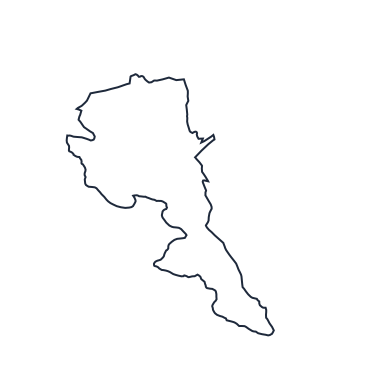 outline of Khanaqin, Diyala, Iraq, rotated 121°
{"feature_id": "34846034B8709315351100", "entity_name": "Khanaqin", "entity_type": "district", "adm_level": 2, "iso_a3": "IRQ", "parent_name": "Iraq", "parent_adm1": "Diyala", "projection": "natural_earth1", "projection_center": [45.457, 34.523], "detail": "fine", "context": "isolated", "style": "outline", "palette": "slate", "viewbox_px": 384, "rotation_deg": 121, "n_neighbors": 0, "source": "geoboundaries", "source_scale": "gbopen_adm2", "svg_char_len": 5423}
<svg xmlns="http://www.w3.org/2000/svg" viewBox="0 0 384 384"><g transform="rotate(121 192 192)"><path d="M124.7,304.1L131.1,301.4L133.2,303.5L136.3,306.1L137.3,306.9L140.4,309.5L145.4,314.5L149.7,318.5L154.6,324.1L159.7,329.8L164.2,329.4L167.8,329.1L170.7,329.7L174.2,330.7L175.1,331.0L178.7,333.1L180.2,333.6L179.6,331.5L179.3,328.7L180.9,328.3L183.4,327.6L185.3,327.4L188.0,326.6L188.5,326.4L189.3,323.9L191.2,319.8L192.0,318.0L192.5,310.9L192.5,307.2L193.5,305.7L194.4,304.1L194.6,303.9L196.5,303.3L197.8,303.3L199.2,304.4L200.0,305.4L200.2,307.1L200.7,309.7L201.3,312.2L201.9,314.6L203.0,316.8L204.1,319.0L204.8,320.4L205.6,322.1L206.2,324.9L206.8,326.3L207.4,327.0L207.8,328.0L210.0,327.1L212.3,326.0L214.0,324.7L214.2,324.4L215.6,321.6L215.8,321.3L215.9,321.1L216.2,320.9L217.2,320.2L218.5,319.6L219.8,318.9L220.0,318.6L220.3,318.2L220.0,316.4L220.0,314.8L220.5,313.3L220.5,313.2L220.8,312.9L221.1,312.7L221.1,312.2L221.2,310.8L221.1,309.2L220.8,308.1L220.0,306.5L220.8,305.3L221.1,304.4L221.5,303.5L221.6,303.3L221.8,303.2L222.6,302.4L224.2,301.6L224.4,301.3L224.6,301.0L224.5,299.8L225.5,297.7L226.3,296.2L226.6,295.9L227.7,294.7L229.1,294.1L230.3,293.9L231.3,293.6L232.1,293.2L232.9,292.6L233.0,292.5L233.1,292.3L233.8,291.2L234.0,290.9L235.4,290.6L236.4,290.4L237.9,289.3L239.6,288.0L239.7,287.9L239.9,287.7L240.6,286.5L240.7,284.9L240.7,283.3L239.3,280.5L238.1,277.8L238.0,277.0L238.0,275.7L238.9,273.1L239.6,270.6L240.4,268.6L241.4,264.6L242.6,261.4L243.2,259.1L243.5,256.1L243.3,253.2L242.9,249.2L241.7,245.1L240.0,241.0L237.7,237.8L236.1,236.1L234.5,235.3L233.1,235.3L231.5,235.3L229.2,235.5L228.1,236.2L227.9,236.5L226.5,238.4L225.7,240.1L225.5,240.5L225.4,240.4L224.8,239.8L223.2,237.6L222.9,236.4L222.9,235.2L222.1,233.6L220.8,230.7L220.0,229.5L219.9,227.9L219.5,226.1L219.2,224.2L218.8,222.2L218.0,220.1L217.9,217.8L216.9,216.2L215.6,213.9L215.2,212.3L215.2,209.9L215.3,208.2L215.5,207.9L217.3,206.7L217.5,206.4L218.1,205.7L218.3,205.4L219.0,205.4L219.8,205.3L220.5,206.0L221.6,206.7L222.5,207.0L223.8,207.2L225.1,206.7L226.9,206.1L227.8,205.6L228.0,205.3L228.9,204.3L229.1,204.0L230.4,200.8L231.5,198.3L232.4,194.1L232.2,191.4L231.7,189.7L230.4,187.0L229.5,184.9L229.4,183.8L229.4,182.1L230.2,179.4L231.2,175.7L231.7,174.7L231.8,174.5L233.1,174.5L235.0,174.5L236.3,176.0L237.7,177.8L239.8,180.6L242.1,182.4L245.1,183.7L248.3,184.7L249.5,184.7L250.6,184.4L251.7,183.8L252.6,183.3L253.5,183.3L254.6,183.5L255.3,184.0L256.1,184.0L258.6,183.8L260.1,183.5L261.2,183.1L262.7,183.1L264.4,183.5L266.2,184.0L267.8,185.4L268.7,186.3L270.4,187.4L271.5,187.7L273.0,187.7L273.8,187.2L274.3,186.7L274.6,186.5L274.6,186.4L274.6,185.6L274.1,184.2L274.0,183.1L274.0,182.1L274.4,180.8L274.4,179.4L274.4,177.8L273.7,176.4L272.8,173.9L272.3,172.0L272.0,169.8L272.0,168.4L272.0,167.2L272.0,165.8L271.5,163.5L270.7,160.6L269.7,157.6L268.5,155.9L267.5,155.7L267.1,154.3L266.9,153.0L266.9,151.4L266.4,150.6L264.2,148.4L262.8,146.3L261.2,145.4L260.0,144.7L260.0,142.9L260.3,141.2L261.9,139.2L262.2,137.1L262.5,135.0L264.1,133.4L264.9,132.3L266.1,131.3L266.6,130.2L266.6,129.5L265.6,126.8L264.6,124.7L264.5,122.9L264.5,121.2L265.2,120.1L267.0,118.5L269.3,117.1L271.3,115.7L272.2,115.7L273.2,115.7L274.1,116.0L275.2,116.2L276.2,116.2L278.1,116.2L279.4,115.9L280.9,114.3L282.1,113.4L283.0,112.0L283.7,110.7L284.1,109.7L284.4,107.2L283.9,104.2L283.2,101.7L283.1,99.4L282.9,97.8L284.1,96.2L282.9,92.3L282.3,90.2L281.9,88.4L281.9,85.8L282.6,82.6L281.1,80.1L279.9,77.8L279.8,76.2L280.1,72.9L280.1,70.0L280.1,68.6L279.6,67.0L278.8,65.4L279.0,62.6L277.8,58.7L276.4,55.2L275.7,52.9L274.5,51.6L272.5,50.5L272.4,50.4L270.4,50.4L268.5,50.6L266.4,53.9L264.7,57.8L262.2,61.9L261.6,63.7L259.2,65.3L256.8,66.5L254.9,67.6L253.3,69.3L254.5,71.4L254.6,72.7L254.1,75.5L252.9,76.9L251.2,78.0L250.9,80.1L250.2,81.4L251.6,85.8L251.6,87.7L250.8,91.1L249.5,94.5L248.1,97.6L247.5,99.6L245.1,101.5L242.0,103.8L238.9,106.1L237.6,107.4L236.2,109.5L234.5,112.2L232.3,115.0L230.6,117.3L229.4,120.3L228.0,124.0L227.9,124.3L226.9,126.8L226.2,128.5L226.0,128.8L225.6,129.8L224.1,133.0L222.6,135.2L222.3,135.4L219.8,138.6L219.5,138.9L218.3,145.4L217.4,150.2L216.3,154.5L215.7,158.0L214.7,161.0L213.7,162.7L213.5,162.9L209.7,162.8L207.9,163.1L204.9,164.7L201.2,166.1L199.8,166.3L197.2,166.5L196.3,166.5L194.7,167.5L193.1,169.4L192.9,169.7L191.2,172.9L188.0,178.7L187.8,178.9L187.7,178.9L185.3,180.3L183.6,180.6L183.3,180.9L181.0,184.0L178.6,187.1L178.4,187.4L177.7,188.1L176.5,188.4L175.8,187.6L174.5,183.7L174.3,184.0L172.1,188.1L170.4,191.7L169.6,193.6L169.5,193.8L169.3,193.9L166.8,195.7L164.4,196.9L164.2,197.2L162.7,200.9L161.4,205.3L160.8,206.8L160.7,207.2L151.5,205.1L142.6,202.6L137.0,200.6L135.4,199.8L133.5,201.4L132.1,203.1L134.5,204.0L142.1,207.7L144.8,209.5L140.6,210.2L143.0,213.8L141.7,216.1L140.3,217.5L138.9,218.0L138.3,218.9L138.3,219.8L138.6,220.3L139.4,221.0L141.2,222.0L141.3,224.3L140.8,225.5L138.7,227.8L136.3,230.5L134.2,232.4L130.9,234.2L129.6,235.3L128.1,235.9L123.9,239.0L121.5,240.9L120.5,241.7L118.7,241.9L115.8,242.1L112.4,244.9L109.7,246.3L107.4,247.7L103.4,252.7L99.6,257.0L101.8,259.9L104.2,263.1L105.8,270.7L110.6,275.2L114.4,279.2L116.0,281.9L118.8,283.3L120.3,285.2L120.2,287.1L119.8,289.5L119.3,291.0L118.4,292.5L118.2,293.6L118.3,294.3L118.8,295.3L120.1,296.1L120.6,296.9L120.2,298.0L120.0,298.6L119.9,300.0L120.2,301.2L121.6,302.0L122.8,302.9L124.0,303.9L124.7,304.1Z" fill="none" stroke="#1e293b" stroke-width="2"/></g></svg>